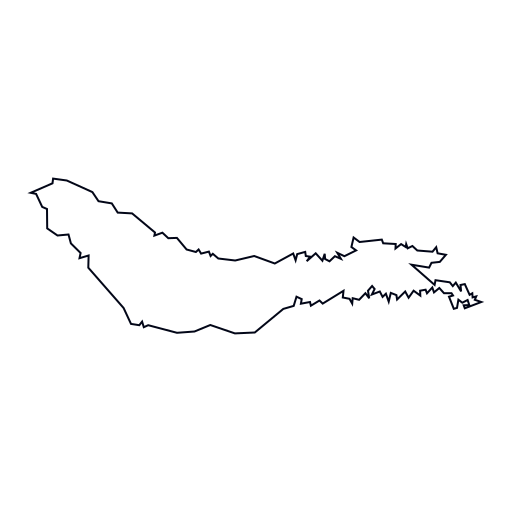 Zentla, Veracruz, Mexico (orthographic projection)
{"feature_id": "50627088B99707223574870", "entity_name": "Zentla", "entity_type": "district", "adm_level": 2, "iso_a3": "MEX", "parent_name": "Mexico", "parent_adm1": "Veracruz", "projection": "orthographic", "projection_center": [-96.71, 19.078], "detail": "medium", "context": "isolated", "style": "outline", "palette": "ink", "viewbox_px": 512, "rotation_deg": 0, "n_neighbors": 0, "source": "geoboundaries", "source_scale": "gbopen_adm2", "svg_char_len": 1910}
<svg xmlns="http://www.w3.org/2000/svg" viewBox="0 0 512 512"><path d="M481.3,302.0L474.8,299.8L476.2,296.4L472.6,297.4L472.3,293.3L469.6,294.8L464.8,284.1L460.5,285.0L461.1,291.4L455.8,282.6L452.8,286.1L449.8,282.3L435.5,280.2L434.6,284.9L411.5,264.7L429.1,267.6L431.5,262.8L439.8,261.9L445.9,254.8L437.6,253.3L436.2,247.2L432.5,251.7L417.3,250.5L412.4,246.0L407.7,248.3L406.2,244.1L405.7,247.0L401.1,244.1L395.5,248.5L395.7,244.0L383.2,243.3L381.8,239.6L359.6,242.0L353.6,237.5L351.4,247.0L356.1,250.4L344.4,256.2L337.3,252.8L340.9,258.8L334.9,256.2L329.5,261.3L325.1,259.0L324.7,253.8L322.4,260.7L315.7,253.3L306.7,261.2L310.2,256.7L305.8,256.0L305.2,251.9L297.2,254.1L295.6,260.3L293.2,253.5L274.8,263.5L254.2,256.0L235.2,260.5L218.3,258.5L212.8,253.8L210.6,256.0L208.9,251.6L201.1,253.6L198.6,249.5L195.9,252.0L186.6,249.5L176.9,237.9L168.3,238.2L162.4,232.7L154.4,235.6L155.0,232.5L132.1,213.4L117.7,212.6L111.8,203.4L98.5,201.2L92.4,192.1L66.8,180.5L53.1,178.6L52.5,183.3L30.7,192.8L36.1,193.9L42.2,206.9L47.0,209.0L47.2,228.4L57.5,235.5L68.5,234.5L70.9,243.4L80.6,253.0L79.5,258.2L88.6,255.5L88.3,267.7L123.6,308.0L131.0,323.9L139.3,325.2L142.1,321.6L143.8,327.2L148.2,325.2L177.0,332.8L194.5,331.5L210.3,325.0L234.9,333.4L254.8,332.5L283.3,308.9L293.7,305.9L296.5,296.7L301.7,299.1L300.9,303.7L310.0,302.0L310.9,305.7L319.5,300.5L322.7,303.6L343.5,290.8L342.8,297.5L349.5,298.8L352.2,303.6L352.7,298.2L359.1,299.8L365.4,293.2L369.2,298.3L368.0,290.7L372.1,286.0L374.6,289.0L371.9,294.5L379.8,291.5L382.6,296.9L385.9,293.7L388.7,301.6L390.8,292.9L396.4,295.1L397.1,299.5L405.2,291.5L408.6,297.7L413.6,290.7L420.3,295.6L420.1,290.7L425.6,289.7L427.0,293.3L432.3,287.5L434.0,292.4L439.3,288.0L444.0,293.2L451.5,293.2L453.0,295.5L449.0,296.7L453.8,308.8L457.0,307.9L458.4,299.7L462.3,302.7L467.6,300.0L469.3,305.1L463.7,305.3L464.8,308.3L481.3,302.0Z" fill="none" stroke="#020617" stroke-width="2"/></svg>